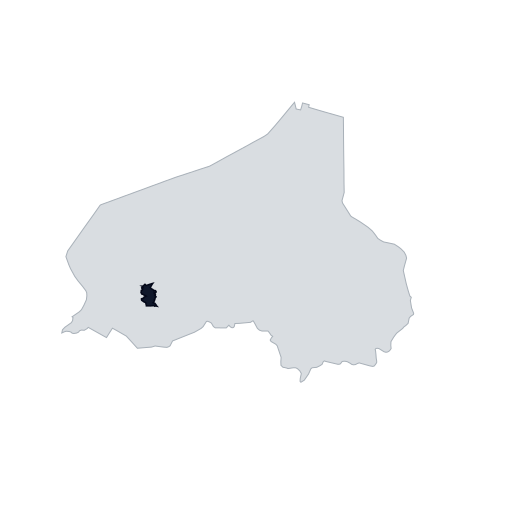 location of Al-Shatra, Dhi-Qar, Iraq, rotated 120°
{"feature_id": "34846034B98077762120905", "entity_name": "Al-Shatra", "entity_type": "district", "adm_level": 2, "iso_a3": "IRQ", "parent_name": "Iraq", "parent_adm1": "Dhi-Qar", "projection": "robinson", "projection_center": [46.274, 31.405], "detail": "fine", "context": "in_parent", "style": "filled", "palette": "ink", "viewbox_px": 512, "rotation_deg": 120, "n_neighbors": 0, "source": "geoboundaries", "source_scale": "gbopen_adm2", "svg_char_len": 5122}
<svg xmlns="http://www.w3.org/2000/svg" viewBox="0 0 512 512"><g transform="rotate(120 256 256)"><path d="M214.1,100.9L217.3,100.1L223.2,95.3L226.8,90.8L227.9,90.4L231.0,91.9L233.2,92.3L238.3,90.6L241.3,91.5L243.9,92.6L245.3,92.7L252.2,95.5L253.9,95.8L257.4,96.2L262.7,96.3L266.1,94.5L268.6,92.7L270.2,92.8L271.9,93.2L273.3,94.0L274.4,95.3L274.9,97.2L274.7,103.2L275.2,104.7L276.1,105.9L277.3,106.1L278.7,104.8L281.3,102.9L284.4,100.8L286.7,98.9L288.0,98.2L290.1,98.3L292.1,98.6L293.2,99.6L293.3,99.8L294.3,102.7L297.0,113.2L298.5,114.5L300.3,115.6L301.5,117.2L302.0,118.8L301.8,121.2L301.9,124.1L302.6,126.2L303.6,127.9L304.5,128.7L306.0,128.8L307.6,129.2L308.8,130.8L312.4,142.8L312.7,144.4L314.2,144.9L316.8,144.6L319.3,145.9L322.1,147.8L324.7,151.5L326.4,152.1L331.9,151.5L339.4,152.1L342.9,154.0L342.5,155.2L339.8,156.5L335.1,158.0L333.6,160.6L332.8,163.9L333.0,165.8L334.2,167.9L337.5,172.0L337.7,173.4L338.3,175.5L338.9,176.9L338.2,179.7L335.2,181.6L331.2,183.6L323.1,192.8L322.5,194.8L322.5,200.2L321.7,201.7L319.2,201.7L317.2,201.4L317.1,203.3L315.8,205.9L315.0,208.1L318.0,213.3L318.5,216.0L318.0,218.6L315.3,222.9L313.6,225.8L314.0,226.5L316.2,227.6L322.9,237.1L325.0,240.5L327.8,239.6L328.9,239.7L329.7,240.2L330.2,241.3L330.2,242.8L329.5,244.9L333.1,245.8L334.4,248.0L338.6,255.4L338.4,257.6L336.4,261.1L336.4,263.4L336.8,265.5L337.5,266.2L343.7,266.5L346.3,267.4L352.8,271.2L360.1,277.0L366.2,281.8L371.3,285.8L376.8,285.5L378.3,286.3L379.7,287.5L381.3,290.9L384.4,298.4L387.1,300.9L391.3,307.0L395.2,312.6L392.7,320.3L390.2,328.3L390.2,338.7L390.3,344.2L395.6,344.5L401.4,344.7L401.5,351.4L401.6,358.0L401.7,365.6L403.4,366.0L406.2,367.6L407.4,370.1L408.9,371.4L410.6,371.6L412.4,372.8L414.2,375.0L414.8,376.7L414.4,377.8L414.7,379.8L416.0,382.7L417.5,384.1L419.8,385.7L416.7,386.7L413.3,385.9L406.1,382.6L403.7,382.5L400.7,383.8L400.6,384.9L392.9,381.2L390.2,380.4L389.2,380.3L384.9,380.4L378.7,381.0L375.0,382.6L372.5,384.2L371.3,385.8L370.9,386.6L368.9,391.3L366.7,397.3L364.3,402.7L359.7,410.3L357.1,413.8L351.6,420.3L345.7,421.6L331.9,420.3L316.6,418.9L301.4,417.4L290.1,416.4L289.2,416.0L278.1,406.7L269.3,399.4L258.3,390.2L247.1,380.9L235.7,371.4L227.5,364.5L217.6,355.6L208.5,347.5L201.4,341.1L192.2,335.5L185.0,331.2L174.6,324.8L166.3,319.7L159.1,315.4L148.2,308.7L144.5,306.9L133.1,304.6L122.3,302.7L111.0,300.8L103.6,299.5L108.6,294.7L107.2,290.4L103.6,291.2L100.2,292.2L98.4,285.6L100.9,284.8L98.8,276.1L96.6,267.1L94.4,258.5L92.2,249.7L101.8,244.0L109.0,239.8L119.0,233.9L128.6,228.2L137.8,222.7L147.9,216.8L156.9,211.4L165.1,209.2L166.9,207.5L170.7,200.2L174.0,194.0L174.2,192.5L174.3,183.7L175.1,173.3L176.2,167.7L178.2,162.8L179.9,159.3L180.1,155.9L180.0,152.5L178.3,147.4L176.6,142.1L176.9,136.9L177.3,134.1L178.5,129.7L180.5,126.5L182.6,124.5L190.4,122.5L194.9,121.2L201.1,115.5L204.8,112.1L210.0,106.8L213.7,102.8L214.0,101.4L214.1,100.9Z" fill="#d9dde1" stroke="#a8b0b8" stroke-width="1"/><path d="M349.0,316.7L348.8,317.3L348.5,317.8L348.1,318.5L347.8,319.4L347.5,319.9L347.6,320.5L347.8,321.2L347.9,321.7L347.6,321.6L347.3,321.6L346.8,321.6L346.4,321.6L345.7,321.6L345.1,321.7L344.9,322.1L344.6,322.3L344.4,321.9L344.2,321.9L343.7,322.0L343.3,322.2L343.2,322.2L342.8,322.4L342.7,322.5L342.4,322.4L341.8,322.2L341.4,322.1L341.2,322.2L341.1,322.7L340.9,323.2L340.8,323.9L340.5,323.8L340.2,323.7L339.7,323.8L339.6,324.0L339.4,324.5L339.4,324.8L339.4,325.4L339.2,325.5L338.8,325.6L338.7,325.7L338.6,325.4L338.5,325.2L338.4,325.0L338.3,324.8L338.1,324.6L337.6,324.5L337.2,324.5L336.8,324.7L336.6,325.0L336.4,325.4L336.3,325.9L336.4,326.3L336.6,326.6L336.7,326.8L337.2,327.3L336.8,327.7L336.7,328.2L336.6,328.7L336.6,329.4L336.7,330.1L336.7,330.6L336.4,331.1L336.1,331.8L335.9,331.8L335.1,331.8L334.1,331.8L333.4,331.8L332.2,331.8L331.3,331.7L331.5,331.9L331.7,332.1L332.1,332.5L332.6,332.9L333.0,333.3L333.5,333.8L333.8,334.0L334.2,334.4L334.6,334.7L335.0,335.0L335.4,335.4L335.7,335.8L336.2,336.1L336.6,336.6L336.5,336.8L336.3,337.2L336.1,337.6L336.0,338.0L336.3,338.2L336.8,338.3L337.4,338.4L338.1,338.6L338.4,338.8L338.8,339.1L339.1,339.6L339.1,339.2L339.1,338.8L339.5,338.3L339.8,337.8L340.0,338.0L340.1,338.4L340.3,338.9L340.4,339.0L340.7,339.1L341.1,338.6L341.3,338.3L341.5,337.8L341.7,337.4L342.2,337.4L342.6,337.5L342.9,337.8L343.1,338.1L343.5,338.0L343.9,337.9L344.3,337.5L344.7,337.3L345.0,337.4L345.3,337.1L345.5,336.7L345.7,336.4L345.9,336.0L346.1,335.7L345.9,335.2L345.6,334.9L345.8,334.3L345.9,333.9L345.9,333.7L345.8,333.4L345.7,332.9L345.7,332.6L345.7,332.4L345.6,332.0L345.7,331.6L345.7,331.1L346.0,331.3L346.3,331.5L346.8,331.8L347.2,332.1L347.5,332.4L347.9,332.4L348.4,332.3L348.8,332.3L349.1,332.5L349.4,333.1L349.8,333.4L350.0,333.6L350.4,333.8L350.8,333.5L351.1,333.2L351.5,332.9L351.6,332.3L351.6,331.7L351.7,331.1L351.7,330.5L351.8,330.0L351.7,329.5L351.6,328.9L351.5,328.3L352.0,327.8L352.4,327.4L352.8,327.1L353.2,326.7L353.7,326.2L354.0,326.0L353.2,324.7L352.5,323.5L352.1,322.6L351.8,322.3L351.7,322.1L351.2,321.3L350.4,320.2L350.0,319.6L350.2,318.9L350.1,318.5L349.5,318.1L349.2,317.3L349.0,316.7Z" fill="#0f172a" stroke="#020617" stroke-width="1.5"/></g></svg>